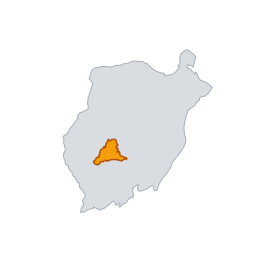 Alba highlighted on a map of Romania, rotated 297°
{"feature_id": "ROU-294", "entity_name": "Alba", "entity_type": "County", "adm_level": 1, "iso_a3": "ROU", "parent_name": "Romania", "parent_adm1": "", "projection": "robinson", "projection_center": [23.52, 46.007], "detail": "fine", "context": "in_parent", "style": "filled", "palette": "amber", "viewbox_px": 256, "rotation_deg": 297, "n_neighbors": 0, "source": "natural_earth", "source_scale": "10m", "svg_char_len": 5752}
<svg xmlns="http://www.w3.org/2000/svg" viewBox="0 0 256 256"><g transform="rotate(297 128 128)"><path d="M194.0,140.8L196.2,143.5L199.0,144.8L205.4,146.3L205.9,146.1L206.0,145.9L205.6,145.5L205.5,145.0L205.8,144.4L206.6,144.4L208.1,144.9L210.8,144.1L214.7,142.0L218.4,141.6L221.8,142.9L223.6,144.3L224.7,145.7L224.4,147.3L224.3,148.4L223.5,152.8L222.9,154.4L222.0,156.2L211.6,158.4L212.2,157.4L212.0,155.5L211.5,154.1L212.4,152.9L210.1,152.4L209.1,153.1L208.3,154.3L209.1,157.1L208.0,158.6L207.5,159.5L207.5,161.5L206.9,162.4L206.8,163.4L208.4,163.1L207.7,164.9L204.7,168.3L203.6,170.3L204.1,178.3L202.8,183.0L202.7,184.5L199.3,184.5L198.3,184.4L195.2,183.7L191.6,182.4L189.5,179.9L188.1,178.2L185.1,179.0L184.5,178.8L183.7,177.9L181.4,177.3L178.6,177.3L172.3,174.1L171.6,173.6L166.6,174.1L159.3,175.7L153.7,177.7L147.9,181.2L145.5,183.8L142.8,185.2L138.9,186.3L131.9,185.9L124.7,184.5L116.9,183.1L112.6,183.9L106.9,183.3L98.3,181.6L92.0,181.1L85.6,182.1L84.6,181.3L84.4,180.4L84.6,179.2L85.5,178.2L87.0,177.4L87.8,176.6L87.9,175.8L86.2,174.6L82.7,172.8L81.3,171.8L80.9,171.5L80.8,170.5L80.1,169.7L78.7,169.2L77.7,168.2L76.9,166.7L77.1,165.3L78.2,164.0L79.5,163.4L81.2,163.6L81.9,163.2L81.6,162.3L80.0,161.2L77.0,159.8L74.0,160.5L70.9,163.5L68.7,164.0L67.4,162.0L64.9,160.8L61.5,160.4L59.3,159.6L58.6,158.5L57.0,157.6L53.7,156.7L53.7,155.8L54.2,155.6L55.4,155.5L57.0,155.3L57.3,154.8L57.3,154.3L56.0,153.7L54.8,153.3L54.1,152.9L53.7,152.5L53.6,152.0L54.0,151.7L54.5,151.7L55.0,151.4L55.3,150.3L56.0,149.5L56.5,149.1L56.5,148.5L56.0,147.9L55.3,147.4L54.2,147.0L51.1,146.1L49.5,144.9L48.5,144.8L47.0,144.1L45.3,143.0L43.9,141.4L42.3,140.4L41.9,140.0L41.9,139.6L42.2,139.1L42.2,138.7L41.8,137.1L42.1,135.5L42.0,134.0L42.0,133.3L41.7,133.1L41.4,133.3L41.0,133.6L40.7,133.6L39.5,132.5L38.1,130.2L37.1,129.5L35.2,128.4L33.6,127.6L32.5,125.7L31.3,124.2L32.1,123.6L36.7,122.7L38.9,123.6L39.8,123.3L40.8,122.6L41.3,122.0L41.4,121.4L41.9,120.7L43.5,120.4L47.6,120.8L49.3,119.8L49.9,119.3L50.3,118.0L50.7,117.0L52.2,116.5L52.2,115.6L52.0,114.6L52.9,112.5L53.4,111.6L54.2,111.3L55.2,110.6L57.0,109.1L56.6,107.9L57.0,107.0L58.8,104.7L60.2,102.6L60.2,101.5L60.4,100.6L61.6,99.5L62.9,98.2L64.7,94.0L65.3,93.3L66.4,92.5L67.2,91.7L67.4,88.9L68.1,88.1L69.6,87.2L71.1,85.8L72.3,84.1L73.3,83.3L74.5,83.0L75.8,82.4L77.3,82.1L78.8,82.5L79.7,82.3L81.1,81.5L84.6,78.3L85.1,77.7L85.8,77.3L88.7,76.2L89.4,75.1L90.4,74.2L91.7,74.2L95.8,76.6L100.2,76.5L101.0,76.6L101.3,76.6L101.9,76.8L107.7,78.0L108.7,77.9L108.9,77.8L111.3,78.8L113.4,78.6L115.4,77.9L117.5,77.7L119.4,78.1L120.8,79.5L124.6,82.4L125.7,83.5L127.5,83.4L129.4,82.8L131.3,80.9L137.2,78.6L141.7,78.1L146.1,77.2L151.2,76.6L152.7,74.8L153.5,73.5L154.0,71.2L156.8,70.6L159.4,70.1L160.3,69.8L162.2,69.7L163.7,69.9L166.0,71.0L167.6,72.5L168.3,73.6L169.7,75.2L171.2,77.4L172.8,80.4L173.2,81.9L173.8,83.5L175.0,85.5L177.3,87.7L177.7,88.1L178.7,89.6L180.8,93.1L182.5,94.4L184.0,95.9L184.7,97.4L185.8,98.8L188.2,100.6L190.2,102.2L191.9,106.9L193.1,109.1L193.8,110.7L193.6,114.1L194.1,115.5L193.2,118.2L191.7,123.4L191.4,127.6L191.7,129.9L191.8,131.4L192.2,132.3L192.7,134.2L192.8,135.9L192.3,136.3L191.4,136.7L191.1,137.1L191.9,137.8L193.0,139.2L194.0,140.8Z" fill="#d9dde1" stroke="#a8b0b8" stroke-width="1"/><path d="M83.7,119.1L82.5,118.5L81.5,117.6L81.1,116.3L81.1,114.7L81.2,114.1L81.4,113.5L81.7,113.0L82.0,112.8L82.2,112.7L82.5,112.6L83.0,112.6L83.5,112.9L84.1,113.3L87.0,113.4L87.4,113.5L87.7,113.7L87.9,114.0L88.0,114.2L88.2,114.3L88.4,114.5L88.6,114.6L88.7,114.8L88.7,115.1L88.8,115.2L88.9,115.4L89.1,115.4L89.4,115.1L89.6,114.9L90.4,114.5L90.6,114.4L91.0,114.4L91.9,114.7L92.3,114.7L92.5,114.7L92.9,114.4L93.6,114.0L95.7,113.6L96.0,113.7L96.3,113.8L97.5,114.5L98.5,114.9L98.9,115.0L99.3,115.0L99.9,114.9L100.2,115.0L100.3,115.1L100.3,115.3L100.1,115.6L100.0,115.8L99.9,116.0L100.0,116.5L100.5,116.7L100.8,116.8L101.1,116.8L101.2,116.7L101.3,116.6L101.2,116.4L101.2,116.1L101.3,116.0L101.5,115.9L102.5,115.9L103.1,115.7L103.3,115.7L104.2,115.7L104.5,115.7L105.3,115.5L105.7,115.6L107.0,115.9L107.6,115.8L107.7,115.6L108.3,115.6L108.6,115.8L108.9,116.0L109.0,116.1L109.0,116.3L108.9,116.5L108.5,117.0L108.4,117.1L108.2,117.4L108.3,117.6L109.0,118.2L109.2,118.3L110.3,118.7L110.7,119.0L110.9,119.4L111.1,120.2L111.3,120.4L111.4,120.6L111.7,120.8L111.8,122.4L111.8,122.7L111.7,122.9L111.5,123.1L111.1,123.3L110.8,123.6L110.4,124.0L108.7,125.5L108.4,125.9L108.3,126.2L108.2,126.7L108.1,126.8L107.9,126.9L107.6,126.7L107.2,126.4L106.9,126.2L106.6,126.2L105.2,126.5L104.8,126.9L104.8,127.3L104.9,127.5L105.1,127.8L105.1,128.0L105.1,128.3L104.8,128.6L104.5,128.8L104.2,129.0L103.9,129.0L103.7,129.0L103.4,129.0L103.1,129.1L102.9,129.1L102.7,129.0L102.6,128.9L102.4,128.8L102.2,128.8L101.8,128.8L101.7,129.0L101.8,129.8L102.0,130.0L102.7,130.2L102.9,130.3L103.0,130.4L103.0,130.6L102.3,131.6L102.0,132.0L101.9,132.2L101.6,132.3L101.3,132.2L101.1,132.2L101.0,132.3L100.8,132.4L100.7,132.5L100.4,133.0L99.9,134.2L99.9,134.7L100.0,135.3L100.2,135.7L100.3,136.1L100.3,136.6L100.2,137.4L100.0,137.8L100.0,138.2L100.2,138.8L100.7,139.5L100.8,139.8L100.8,140.1L100.2,140.8L99.4,140.9L99.4,140.1L99.4,139.9L99.3,139.6L99.1,139.5L98.1,138.6L97.7,138.2L97.3,138.0L96.5,137.7L96.1,137.3L95.8,137.0L95.6,136.6L95.5,136.3L95.5,136.1L95.6,135.9L95.6,135.7L95.6,135.3L95.2,134.9L95.1,134.7L95.0,134.4L95.1,134.0L95.0,133.6L94.9,133.1L94.4,132.0L93.9,130.1L93.7,129.8L93.2,129.2L92.8,128.7L92.0,127.0L91.8,126.8L91.4,126.7L90.9,126.5L89.0,124.3L88.8,124.1L88.8,123.9L88.9,123.7L89.0,123.7L89.3,123.8L89.4,123.7L89.4,123.4L89.1,122.7L88.8,122.3L88.6,122.0L88.3,121.8L88.1,121.7L87.2,121.6L86.9,121.5L86.8,121.4L86.4,120.3L86.1,119.6L85.9,119.2L85.7,119.0L85.5,118.9L83.7,119.1Z" fill="#f59e0b" stroke="#b45309" stroke-width="1.5"/></g></svg>